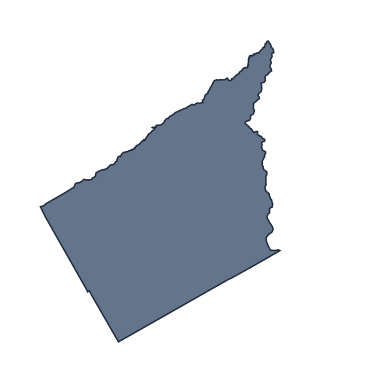 Shasta, California, United States of America (Albers equal-area conic projection), rotated 151°
{"feature_id": "52423323B16590015395010", "entity_name": "Shasta", "entity_type": "district", "adm_level": 2, "iso_a3": "USA", "parent_name": "United States of America", "parent_adm1": "California", "projection": "albers", "projection_center": [-122.484, 40.735], "detail": "fine", "context": "isolated", "style": "filled", "palette": "slate", "viewbox_px": 384, "rotation_deg": 151, "n_neighbors": 0, "source": "geoboundaries", "source_scale": "gbopen_adm2", "svg_char_len": 5903}
<svg xmlns="http://www.w3.org/2000/svg" viewBox="0 0 384 384"><g transform="rotate(151 192 192)"><path d="M304.4,252.9L325.5,252.6L328.7,251.8L331.7,252.7L332.3,241.6L331.5,159.0L331.7,155.3L329.7,155.5L329.8,149.3L329.0,96.6L202.7,97.9L199.3,97.6L175.9,97.6L143.5,98.1L144.4,99.5L148.1,100.7L151.6,103.1L151.5,107.6L150.9,112.5L149.3,116.1L145.8,117.7L141.5,118.2L139.1,120.0L138.5,123.0L138.9,127.5L138.9,132.2L138.1,134.6L136.2,135.8L134.4,136.1L133.2,138.0L132.2,139.9L129.8,140.1L129.3,139.8L127.1,142.6L127.1,143.6L126.8,145.0L126.2,146.7L126.5,147.5L126.7,148.9L126.2,149.7L126.1,151.4L125.3,153.2L127.0,157.1L126.5,158.8L126.3,159.9L126.0,160.5L125.4,161.2L124.1,162.1L123.1,163.1L123.1,163.9L122.6,165.2L121.8,166.0L121.1,167.5L120.0,169.7L118.3,170.8L116.8,173.2L117.5,175.0L118.3,176.7L118.2,177.9L117.5,179.3L117.6,182.0L116.7,182.7L116.4,183.3L116.5,183.8L114.9,185.4L113.9,186.1L113.2,186.4L112.6,187.1L111.6,187.4L111.1,188.1L111.1,188.5L110.1,189.6L109.1,190.0L108.2,191.2L108.8,192.6L109.7,193.9L110.1,194.8L109.7,195.8L109.3,197.8L108.1,198.8L107.4,201.1L106.6,201.6L105.3,201.6L104.7,201.2L103.9,201.3L103.4,201.7L102.9,202.9L103.3,203.5L104.2,204.4L104.3,205.7L104.6,207.3L105.6,207.9L105.8,208.5L105.7,208.8L106.7,210.2L106.4,211.4L105.8,212.4L105.4,213.0L106.4,213.8L108.7,214.0L109.6,215.4L109.4,216.6L109.4,218.4L110.2,219.2L110.3,220.5L110.7,221.8L110.8,222.6L111.2,223.2L111.7,224.8L112.2,225.9L111.6,227.2L110.4,227.6L108.3,227.0L106.6,226.9L104.7,228.5L104.3,230.0L102.6,230.6L101.3,230.4L100.3,230.6L99.2,231.8L97.8,233.1L97.9,235.3L96.1,238.0L95.4,239.6L92.9,240.0L89.6,240.8L88.5,240.8L87.6,241.2L87.2,242.6L87.5,243.9L86.7,245.2L85.0,246.0L83.0,246.3L81.5,247.7L81.1,248.5L80.8,248.7L80.6,249.1L80.6,249.5L79.8,250.6L79.2,252.9L78.8,253.3L78.2,253.8L77.6,253.5L75.8,253.0L73.9,253.8L73.2,255.2L72.8,256.9L70.7,258.2L68.7,258.0L66.4,259.2L65.1,259.2L63.7,259.3L63.1,261.1L63.2,263.8L61.9,265.3L60.0,266.5L59.8,268.0L59.1,269.9L57.5,270.8L56.2,271.7L55.6,273.4L55.6,274.0L54.7,274.4L54.1,274.3L52.8,274.3L52.5,275.6L51.9,276.8L51.9,278.2L52.4,280.4L51.7,283.0L51.8,283.8L52.0,284.1L52.2,284.6L52.0,285.1L52.2,286.8L52.1,287.0L53.1,287.4L54.6,286.6L55.1,286.0L56.1,286.1L56.6,285.4L57.2,284.6L57.9,284.3L58.2,283.8L58.9,283.5L59.3,283.8L60.3,283.7L60.7,283.0L63.0,282.6L63.4,282.4L64.4,282.1L64.7,281.9L65.0,281.9L65.4,281.5L66.1,281.5L66.5,281.2L67.0,281.5L67.4,282.1L67.6,282.1L69.7,282.2L70.0,282.3L70.4,282.2L70.6,282.3L70.7,282.6L70.9,282.7L71.1,282.7L71.3,282.4L71.3,282.2L71.8,282.2L71.9,281.9L72.3,281.8L72.6,281.9L73.3,281.6L73.4,282.2L74.0,282.4L73.9,282.7L74.6,283.0L74.8,283.0L74.9,282.8L75.7,283.0L75.9,282.8L75.8,282.7L76.1,282.4L76.1,282.2L76.4,282.1L76.7,282.2L76.9,282.0L76.9,281.8L77.3,281.7L77.4,281.1L77.6,280.9L77.9,280.7L78.0,281.0L78.3,280.8L78.3,280.6L78.4,280.4L78.5,280.2L78.4,280.0L78.5,279.8L78.6,279.5L78.8,279.3L79.1,279.2L79.8,278.0L80.4,277.3L80.7,277.1L80.9,276.6L81.5,276.1L81.5,275.8L81.4,275.5L81.6,275.5L81.8,275.6L82.0,275.3L82.0,275.1L82.3,274.9L82.4,274.6L82.6,274.6L83.0,274.3L83.2,274.2L83.4,274.2L83.6,274.5L84.1,274.5L84.3,274.3L84.6,274.5L84.7,274.8L85.1,275.0L85.7,275.0L86.1,275.3L87.0,275.2L87.6,275.0L88.6,274.8L88.9,274.4L89.3,274.2L89.5,274.3L90.0,274.0L91.1,274.0L92.8,273.7L93.3,273.1L93.8,272.8L95.5,272.8L96.1,272.6L97.0,272.8L97.4,272.6L97.7,272.2L98.9,272.1L99.7,271.7L101.5,271.2L101.8,271.3L102.1,271.7L102.4,271.8L102.7,271.5L102.6,271.3L102.8,270.9L103.4,270.7L104.8,270.9L105.2,271.5L106.0,272.1L105.9,272.9L105.9,273.7L105.8,274.1L106.0,274.6L106.4,274.6L107.7,274.4L108.4,274.4L108.8,274.3L109.5,274.4L110.1,275.0L112.2,275.9L113.0,276.7L114.4,276.8L115.9,278.2L118.4,278.5L120.2,277.6L121.8,276.5L123.3,275.3L124.9,274.7L127.2,273.0L129.8,271.6L130.0,270.8L131.6,270.4L133.0,270.7L135.8,268.2L136.4,267.4L138.2,267.2L139.5,265.5L139.2,265.1L142.2,265.7L143.9,267.1L146.1,267.5L147.2,266.8L148.7,267.5L149.4,268.7L151.3,268.6L154.7,268.6L156.9,268.2L158.9,268.9L161.0,268.9L163.3,269.2L165.7,269.2L168.1,269.6L170.0,269.0L172.0,268.8L175.0,268.9L176.8,267.8L178.5,268.5L181.1,267.7L183.3,266.1L186.6,265.8L188.8,266.6L190.7,267.6L191.8,267.0L192.2,265.9L192.8,265.9L193.1,266.7L195.1,267.7L195.6,267.7L195.4,267.3L194.8,266.7L194.0,266.7L193.7,265.9L194.1,265.4L196.1,264.7L197.3,264.8L197.9,264.4L199.0,263.9L200.3,263.8L201.8,263.8L202.8,263.2L202.8,262.8L203.3,262.5L203.6,262.7L205.0,262.1L206.0,261.5L207.5,260.4L207.8,260.5L208.4,261.1L208.8,260.4L209.0,260.6L209.1,260.9L210.0,260.6L211.0,260.6L212.9,260.0L213.9,259.8L214.7,259.4L215.7,259.1L217.2,259.4L218.3,259.5L218.7,259.2L218.8,258.8L220.4,258.2L220.7,258.6L221.4,258.2L222.0,257.6L222.6,257.7L223.4,258.0L223.7,258.4L224.2,258.3L224.6,257.8L224.9,258.0L225.4,258.3L226.0,258.2L226.3,258.4L227.6,258.7L228.9,258.5L229.6,258.8L230.1,259.2L230.8,259.2L231.4,259.4L231.6,259.2L232.2,259.6L233.0,259.9L233.9,259.5L235.1,259.3L235.8,258.9L236.3,258.3L237.3,257.7L237.5,258.0L237.9,258.3L238.7,258.6L239.2,258.5L239.4,258.7L240.0,258.2L240.4,257.6L240.8,257.4L241.1,257.4L241.5,257.1L242.8,255.7L243.4,255.3L244.0,255.5L245.0,254.9L245.6,254.5L246.2,254.4L246.6,254.3L247.0,254.3L247.5,254.1L248.2,254.4L249.2,254.7L249.6,255.2L250.9,255.0L252.3,254.5L253.4,254.4L254.5,253.7L254.8,253.6L255.1,253.8L257.4,254.1L257.6,253.8L257.9,253.9L258.2,254.0L259.3,254.9L259.6,254.9L259.7,255.0L260.3,254.9L261.8,255.2L263.7,255.3L264.5,255.2L266.2,255.4L266.8,255.1L267.1,254.7L267.6,254.3L267.9,253.8L268.2,253.5L268.5,253.0L268.8,252.6L269.2,252.7L270.5,252.2L271.1,252.3L271.4,252.5L271.9,252.7L272.6,252.4L273.1,252.0L274.2,251.7L275.3,252.2L275.8,252.2L276.1,252.2L276.4,252.3L276.4,252.6L276.7,252.9L277.8,253.3L278.2,253.6L278.4,253.9L278.7,254.0L278.9,254.0L279.6,254.7L280.5,255.5L281.9,255.0L282.6,254.9L283.7,254.7L284.5,254.9L285.9,254.6L287.4,255.6L289.9,255.9L292.9,253.4L304.4,252.9Z" fill="#64748b" stroke="#1e293b" stroke-width="1.5"/></g></svg>